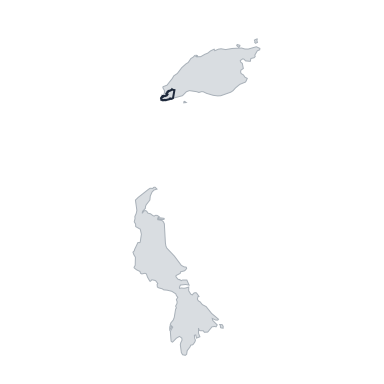 Kota Tinggi, Johor, Malaysia shown in context, rotated 100°
{"feature_id": "92858781B34033962801246", "entity_name": "Kota Tinggi", "entity_type": "district", "adm_level": 2, "iso_a3": "MYS", "parent_name": "Malaysia", "parent_adm1": "Johor", "projection": "albers", "projection_center": [103.994, 1.692], "detail": "fine", "context": "in_parent", "style": "outline", "palette": "slate", "viewbox_px": 384, "rotation_deg": 100, "n_neighbors": 0, "source": "geoboundaries", "source_scale": "gbopen_adm2", "svg_char_len": 5379}
<svg xmlns="http://www.w3.org/2000/svg" viewBox="0 0 384 384"><g transform="rotate(100 192 192)"><path d="M326.4,190.4L324.4,190.0L321.5,188.3L318.6,187.7L310.1,187.8L308.9,187.2L307.2,188.3L304.3,187.4L302.6,187.6L300.7,188.7L298.1,187.7L296.8,189.3L295.1,190.3L293.3,194.6L293.0,199.6L293.3,202.8L292.5,204.5L292.2,208.0L291.6,209.6L289.2,210.3L288.1,209.8L286.0,212.0L285.5,212.9L285.4,216.3L287.1,217.4L287.1,218.1L283.6,221.0L280.6,222.7L280.2,224.2L281.4,227.2L280.9,228.6L279.3,229.4L278.2,233.2L276.8,235.7L276.2,236.0L274.1,235.2L266.1,236.4L263.8,238.4L261.5,239.7L259.7,238.5L258.8,238.6L251.2,236.5L250.9,234.6L250.2,234.3L242.4,234.5L237.6,236.5L235.9,241.4L233.3,242.0L231.4,243.7L228.1,243.5L226.0,244.0L222.8,243.2L219.7,243.1L209.8,246.3L206.7,244.1L197.0,235.4L195.6,233.9L195.3,231.2L194.2,230.7L193.9,230.0L193.7,229.2L195.2,227.0L196.7,229.8L199.1,231.4L203.3,232.4L207.2,232.1L212.6,234.9L214.3,235.3L216.2,235.1L219.6,237.3L221.7,237.4L218.9,235.9L218.4,234.7L218.7,233.4L220.5,231.7L220.7,229.0L222.1,226.3L222.3,225.0L221.4,224.1L221.1,222.4L221.9,220.1L223.7,221.3L225.2,221.0L225.2,216.8L226.3,215.0L228.2,213.7L246.6,209.4L249.6,208.4L251.6,207.1L258.2,198.2L266.1,189.8L267.1,186.8L267.0,184.8L267.5,184.3L268.3,184.0L270.1,185.0L271.0,185.8L272.6,189.4L274.2,189.5L276.8,192.9L277.4,193.3L278.2,193.1L280.2,190.9L280.7,189.3L280.3,189.0L281.2,187.2L280.3,186.0L279.6,181.8L284.2,178.7L284.2,182.2L285.6,187.2L287.9,187.9L289.1,187.5L288.4,186.0L288.2,183.1L287.5,181.2L286.1,178.7L289.9,178.1L292.9,175.4L293.3,173.8L291.4,172.8L290.6,171.5L290.6,170.1L293.6,167.0L294.0,167.9L295.9,168.1L296.8,168.0L298.1,166.8L298.8,164.9L301.1,162.3L302.4,158.2L308.2,151.6L312.7,143.8L313.7,144.4L314.0,146.5L313.0,150.1L315.0,149.2L318.5,144.1L320.6,144.9L320.5,146.3L321.3,148.9L327.2,152.2L328.0,155.5L326.7,156.8L327.2,160.0L326.8,161.0L324.9,162.0L330.1,161.0L333.2,159.1L335.1,162.2L332.1,163.5L332.7,164.8L335.6,164.0L337.3,162.9L339.0,163.1L341.7,164.3L342.5,165.1L343.0,166.6L345.0,167.1L349.1,169.2L352.7,169.1L354.0,170.2L353.9,173.0L352.0,174.6L344.4,177.0L342.4,176.9L339.6,176.1L337.6,176.7L336.4,179.3L338.7,182.0L342.7,184.7L343.3,185.3L342.5,186.7L333.6,189.0L331.7,188.8L328.4,187.5L326.4,190.4ZM37.8,153.9L38.8,150.1L40.2,150.0L41.6,152.2L46.2,153.9L47.7,153.3L48.3,153.7L49.0,154.2L50.3,157.2L53.2,157.3L53.6,162.0L52.2,163.8L52.0,165.1L54.2,167.3L55.5,166.8L56.6,164.8L61.5,162.9L63.5,165.0L65.4,165.0L66.8,164.2L67.8,161.7L69.8,159.7L70.5,157.3L73.4,158.0L74.5,158.5L77.7,163.6L81.9,167.2L85.1,169.2L87.0,171.2L92.2,180.4L92.9,183.4L93.1,188.0L92.3,194.9L91.3,198.4L91.5,200.0L92.8,202.5L92.4,204.8L92.6,212.2L94.2,214.9L98.8,218.1L105.5,232.3L106.7,236.3L106.0,237.9L104.8,238.2L103.8,237.5L103.2,235.5L101.6,234.0L101.7,236.8L98.9,236.4L96.8,236.8L94.4,238.8L93.3,238.8L91.2,235.2L83.6,231.1L80.8,230.1L77.8,227.0L71.2,223.6L66.9,220.2L65.1,218.2L60.8,216.3L58.9,214.2L57.1,213.0L58.1,210.9L57.2,206.9L54.1,203.2L52.6,200.7L49.8,198.2L47.5,195.0L48.9,194.1L46.7,190.7L45.9,188.2L45.9,183.6L43.6,177.1L41.6,168.1L42.0,164.9L41.5,161.5L37.8,153.9ZM318.7,140.8L317.7,141.7L317.4,139.3L318.8,138.0L320.7,137.7L320.8,139.9L320.3,140.5L318.7,140.8ZM33.3,153.5L34.5,155.3L33.6,156.3L32.9,156.1L31.6,156.9L30.2,155.1L30.0,154.3L31.7,154.4L33.3,153.5ZM224.3,220.4L223.8,220.6L223.0,220.1L222.8,215.0L223.4,214.6L224.1,215.5L224.3,220.4ZM41.4,171.0L40.1,173.4L38.9,173.1L39.2,170.4L39.8,170.1L41.4,171.0ZM331.6,190.0L329.3,190.4L327.7,190.4L327.9,189.0L328.6,188.8L331.6,190.0ZM105.6,215.6L104.3,215.6L104.0,215.0L104.9,213.2L105.6,215.6ZM57.5,211.3L56.6,211.6L56.7,210.5L57.4,209.9L57.5,211.3Z" fill="#d9dde1" stroke="#a8b0b8" stroke-width="1"/><path d="M95.9,231.2L96.0,231.2L96.2,231.8L96.3,231.7L96.6,232.1L96.4,232.2L96.5,232.2L97.2,233.3L97.3,233.4L97.5,233.2L98.0,233.2L98.0,233.4L98.2,233.5L98.6,233.8L98.9,233.9L99.0,234.0L99.3,234.3L99.5,234.4L99.8,234.2L100.0,233.9L99.9,233.8L100.0,233.7L100.2,233.3L100.3,233.1L100.5,233.2L100.7,233.3L100.8,233.4L100.9,233.5L101.0,233.5L101.4,233.7L101.5,233.8L101.5,234.0L101.6,234.4L101.6,234.5L101.8,234.6L102.0,234.8L102.2,235.0L102.4,237.0L102.5,236.9L103.2,237.0L103.3,237.2L103.5,237.3L103.6,237.5L103.8,237.7L103.8,237.8L103.7,237.9L103.5,238.0L103.4,238.1L103.5,238.2L103.9,238.3L104.0,238.4L104.1,238.5L104.3,238.6L104.5,238.5L104.8,238.7L105.0,238.6L105.3,238.7L105.5,238.5L105.7,238.4L105.8,238.2L106.0,238.2L106.0,238.3L106.4,238.3L106.6,238.2L106.5,237.9L106.5,237.6L106.4,237.4L106.5,237.2L106.8,237.0L106.8,236.8L106.7,236.7L106.4,236.3L106.4,236.1L106.5,235.9L106.6,235.7L106.5,235.4L106.4,235.3L106.3,235.2L106.1,235.1L106.1,234.9L106.2,234.7L106.1,234.4L106.2,234.2L105.9,233.9L105.9,233.6L106.0,233.5L106.0,233.4L105.9,233.3L105.7,233.1L105.6,232.9L105.6,232.7L105.4,232.4L105.3,232.2L105.2,232.1L105.2,231.9L105.1,231.7L105.0,231.3L104.9,231.1L104.7,230.9L104.6,230.7L104.5,230.4L104.5,230.2L104.4,230.1L104.4,230.3L104.1,230.2L103.9,230.2L103.8,229.9L103.7,229.8L103.6,229.7L103.6,229.4L103.6,229.2L103.8,229.0L103.9,228.9L104.0,229.0L104.0,228.8L103.9,228.7L103.8,228.4L103.7,228.1L103.5,227.9L103.4,227.7L103.2,227.4L103.0,227.2L102.8,227.0L94.7,227.0L94.7,228.6L94.4,229.3L94.5,229.3L94.5,229.5L94.8,229.7L94.9,229.8L95.0,230.0L95.3,230.2L95.3,230.3L95.4,230.5L95.5,230.5L95.7,230.8L95.8,230.9L95.8,231.0L95.9,231.2Z" fill="none" stroke="#1e293b" stroke-width="2"/></g></svg>